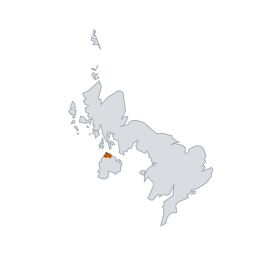 location of Moyle within United Kingdom, rotated 327°
{"feature_id": "GBR-2773", "entity_name": "Moyle", "entity_type": "District", "adm_level": 1, "iso_a3": "GBR", "parent_name": "United Kingdom", "parent_adm1": "", "projection": "mercator", "projection_center": [-6.248, 55.147], "detail": "fine", "context": "in_parent", "style": "filled", "palette": "amber", "viewbox_px": 256, "rotation_deg": 327, "n_neighbors": 0, "source": "natural_earth", "source_scale": "10m", "svg_char_len": 4419}
<svg xmlns="http://www.w3.org/2000/svg" viewBox="0 0 256 256"><g transform="rotate(327 128 128)"><path d="M136.1,200.2L127.0,206.1L124.2,205.7L120.7,202.7L117.1,203.1L118.6,201.6L115.5,200.2L110.1,202.1L107.8,200.8L106.3,197.8L118.0,190.2L119.8,186.5L118.8,185.3L118.5,180.0L112.4,181.9L116.8,176.0L122.1,173.1L126.7,172.4L129.1,173.9L128.4,171.6L129.4,171.0L131.0,173.2L132.7,173.1L129.4,169.5L130.9,165.6L129.6,163.6L131.2,161.5L131.5,157.7L128.4,158.5L123.9,150.7L125.2,146.9L129.7,143.6L124.3,143.7L120.0,146.7L116.9,145.5L114.2,147.1L111.0,145.5L110.0,148.4L107.7,145.3L107.3,143.0L108.5,142.9L112.5,133.5L110.2,129.8L110.9,125.5L113.5,125.3L110.7,123.2L111.2,121.2L106.8,126.3L106.7,122.9L109.1,119.8L105.1,123.8L105.0,128.5L103.2,135.6L101.0,136.1L103.8,127.9L102.5,127.7L103.5,119.4L107.1,109.8L102.2,114.1L97.2,110.5L101.4,108.0L100.0,107.0L102.9,103.1L103.2,100.6L100.7,97.8L100.7,96.0L103.0,94.5L101.3,92.1L102.7,87.9L107.4,87.9L104.7,84.2L105.5,80.8L109.0,80.3L108.1,77.9L108.9,74.2L115.0,75.3L129.6,72.9L127.9,79.2L119.7,86.4L119.2,88.5L121.1,89.1L118.2,93.9L127.0,91.3L139.8,91.4L142.0,93.2L142.9,95.9L135.4,112.1L126.9,117.3L131.3,116.7L133.8,118.2L133.5,119.4L126.3,123.6L121.8,122.4L129.6,125.1L134.3,123.7L139.1,126.0L144.2,132.2L148.7,148.1L154.6,151.8L160.8,158.7L159.5,160.4L162.9,167.8L158.8,165.5L154.7,165.8L158.6,166.3L164.5,172.6L165.4,175.7L162.1,180.2L164.6,181.8L167.5,179.1L175.0,179.8L179.1,182.8L180.0,185.8L178.4,193.7L174.6,196.3L175.0,198.4L169.6,200.4L171.1,201.1L171.0,203.1L166.1,204.8L176.5,206.6L176.3,209.6L172.6,211.9L171.7,213.9L163.8,216.6L153.4,216.6L146.8,214.4L147.6,215.6L140.3,217.2L141.0,218.9L140.2,219.3L130.1,217.4L125.9,218.8L123.0,225.3L117.6,222.7L111.9,224.4L107.8,228.6L102.2,227.9L110.2,220.4L113.5,216.4L114.1,213.0L116.5,212.2L117.6,209.5L128.7,209.2L136.1,200.2ZM98.4,159.9L91.7,159.8L91.8,157.9L88.0,153.5L84.7,158.4L81.7,158.3L79.1,157.0L76.0,152.7L80.1,150.1L78.5,148.2L82.3,147.0L84.1,142.2L85.8,141.0L87.0,141.8L88.6,139.4L93.6,138.3L97.2,138.7L101.6,146.1L99.9,149.3L103.0,148.9L104.1,151.8L104.0,152.9L102.0,150.9L102.2,154.0L103.2,154.2L102.7,155.9L100.4,156.6L98.4,159.9ZM96.5,78.3L95.2,81.8L92.7,83.7L94.1,85.1L88.5,90.5L87.2,89.2L89.6,87.1L87.5,85.5L88.2,84.6L87.1,83.7L87.8,81.1L90.9,81.8L90.4,79.6L96.1,75.5L96.5,78.3ZM97.1,95.3L97.2,99.0L102.1,100.7L98.7,104.3L98.2,101.2L95.2,101.2L90.6,96.5L94.8,92.1L97.1,95.3ZM147.3,31.8L149.5,35.9L150.6,35.3L148.0,47.3L148.1,41.5L144.2,38.8L147.2,37.7L145.1,34.3L147.3,31.8ZM100.9,117.7L95.3,118.6L97.1,114.9L95.2,113.4L97.5,111.9L101.1,114.9L100.9,117.7ZM116.3,171.2L119.1,173.1L115.7,176.2L113.8,173.9L113.6,171.7L116.3,171.2ZM97.2,125.5L97.6,130.6L95.4,131.5L95.4,128.3L93.4,129.8L94.2,126.9L97.2,125.5ZM129.6,63.4L129.4,65.3L132.6,66.3L128.4,67.1L126.4,65.1L127.5,62.5L129.6,63.4ZM108.0,134.5L105.6,133.9L105.2,130.4L107.1,130.0L108.0,134.5ZM150.4,217.8L148.5,219.5L145.2,218.2L147.8,216.4L150.4,217.8ZM98.9,127.6L97.8,126.2L101.5,121.9L100.7,124.1L98.9,127.6ZM85.9,91.8L87.1,92.9L86.1,94.8L82.7,93.4L85.9,91.8ZM85.4,102.9L84.1,102.6L83.7,97.7L85.3,97.9L85.4,102.9ZM150.7,33.8L149.4,31.9L150.2,29.4L151.2,30.2L150.7,33.8ZM133.0,61.6L132.1,62.1L129.6,58.8L130.4,58.3L133.0,61.6ZM128.4,69.6L127.2,69.9L126.0,67.3L127.3,67.4L128.4,69.6ZM153.5,27.4L153.0,30.2L152.0,29.9L152.0,27.5L153.5,27.4ZM136.1,59.9L133.7,60.7L136.3,59.3L136.1,59.9ZM95.6,105.8L94.9,106.0L94.0,104.8L95.2,104.1L95.6,105.8ZM131.2,68.9L130.4,70.4L129.7,69.0L131.2,68.9ZM93.0,112.3L91.5,112.9L93.5,111.5L93.0,112.3ZM83.7,105.8L82.8,106.1L82.4,105.7L83.3,104.8L83.7,105.8Z" fill="#d9dde1" stroke="#a8b0b8" stroke-width="1"/><path d="M92.8,138.6L93.1,138.3L93.3,138.2L93.6,138.2L94.0,138.4L94.2,138.5L94.6,138.2L94.9,138.3L95.9,138.9L96.1,138.9L96.3,138.9L96.7,138.7L96.9,138.7L97.3,138.7L97.5,138.8L97.6,139.0L98.1,139.4L98.2,139.6L98.1,140.7L98.1,141.0L97.9,141.4L98.0,141.5L98.4,141.5L98.5,141.6L98.8,141.7L98.5,142.1L98.3,142.1L98.2,142.3L97.5,143.0L97.3,143.0L97.1,143.0L96.9,142.7L96.8,142.3L96.6,142.2L96.2,141.5L96.2,141.2L96.2,140.9L96.2,140.5L95.2,140.8L94.9,140.7L94.7,140.4L94.6,140.2L94.4,140.2L94.1,140.4L94.0,140.2L93.7,140.2L93.2,140.0L93.0,139.7L93.1,139.3L93.0,139.1L93.0,138.8L92.9,138.7L92.8,138.6ZM96.1,137.0L96.6,137.1L96.8,137.3L96.7,137.6L96.6,137.8L96.5,137.7L96.4,137.3L96.1,137.3L95.8,137.3L95.6,137.3L95.7,137.2L95.8,137.1L96.0,137.0L96.1,137.0Z" fill="#f59e0b" stroke="#b45309" stroke-width="1.5"/></g></svg>